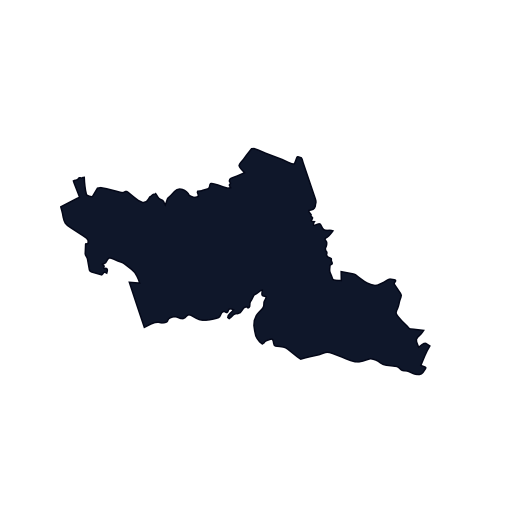 the border of Nuevo León, rotated 292°
{"feature_id": "MEX-2714", "entity_name": "Nuevo León", "entity_type": "State", "adm_level": 1, "iso_a3": "MEX", "parent_name": "Mexico", "parent_adm1": "", "projection": "orthographic", "projection_center": [-99.943, 25.492], "detail": "fine", "context": "isolated", "style": "filled", "palette": "ink", "viewbox_px": 512, "rotation_deg": 292, "n_neighbors": 0, "source": "natural_earth", "source_scale": "10m", "svg_char_len": 6119}
<svg xmlns="http://www.w3.org/2000/svg" viewBox="0 0 512 512"><g transform="rotate(292 256 256)"><path d="M257.2,58.6L258.1,59.4L258.8,60.6L259.7,61.6L260.4,62.1L261.8,62.5L262.3,62.8L262.7,63.6L262.8,64.6L263.1,65.5L263.7,65.8L264.6,67.3L260.5,69.2L256.7,71.2L252.9,73.4L249.4,75.8L249.0,77.0L249.0,79.1L249.3,81.1L249.8,82.1L259.5,83.6L261.2,86.4L262.4,92.2L263.8,102.5L264.2,106.1L264.6,108.1L265.2,109.3L266.9,110.8L267.4,112.0L267.1,113.6L265.0,120.3L263.4,126.0L263.1,131.2L265.6,134.3L266.4,134.3L267.0,134.5L268.0,134.9L271.0,135.4L271.9,136.2L273.6,137.0L274.5,137.6L275.0,138.2L275.2,138.8L275.5,139.3L276.2,139.6L275.2,141.1L274.0,142.7L273.0,144.4L272.7,146.2L272.6,148.5L271.9,149.9L270.7,151.1L269.3,152.7L272.4,152.7L275.6,152.5L276.6,152.6L277.8,153.2L280.0,154.3L285.3,156.3L287.8,157.8L289.5,160.1L290.1,162.6L290.1,165.1L289.5,167.5L288.5,169.7L287.4,171.0L287.2,171.7L287.0,172.9L287.0,174.6L287.0,176.0L287.4,177.3L288.3,178.7L289.6,180.2L291.4,179.3L293.1,177.8L294.2,177.7L295.4,179.9L296.0,181.0L296.9,181.9L300.3,186.3L301.4,186.9L302.5,187.0L305.0,186.6L306.1,186.8L306.6,187.6L307.1,190.2L307.6,194.2L307.8,199.6L308.3,204.5L309.8,206.9L310.3,206.4L311.2,205.3L311.7,204.8L312.3,204.7L313.4,205.1L314.0,205.1L314.4,204.7L315.1,203.6L315.6,203.2L317.3,203.0L318.6,203.7L319.8,204.9L322.9,208.3L324.9,210.3L328.9,214.2L330.9,210.0L332.2,207.8L333.4,206.5L335.0,206.4L337.1,206.9L341.0,208.2L345.9,209.4L353.8,211.7L354.9,213.9L355.1,218.4L354.9,226.4L355.3,244.2L354.9,250.8L354.9,254.5L355.4,256.7L356.6,257.1L358.5,257.1L361.8,257.0L363.0,257.0L363.6,257.4L363.8,258.1L364.0,261.2L363.0,262.5L360.4,264.5L331.1,289.7L329.6,290.8L328.1,291.5L326.2,291.8L324.3,292.3L322.3,292.2L320.6,291.4L319.3,289.8L318.1,288.0L317.1,288.2L316.1,289.7L315.0,291.6L313.7,291.9L313.1,293.1L312.5,294.2L310.9,294.2L309.4,293.9L309.0,294.6L309.2,295.9L309.7,297.3L308.5,297.1L307.1,297.3L306.1,297.9L306.3,298.8L308.3,300.9L309.3,302.2L309.7,303.1L309.3,304.1L308.4,305.2L306.7,307.2L305.8,309.0L305.9,311.0L306.6,312.9L307.5,314.8L307.9,316.3L308.1,317.9L306.2,317.4L304.0,316.7L301.9,315.9L300.2,315.0L298.7,313.9L297.8,313.5L297.1,313.9L296.0,315.4L295.4,316.2L294.6,316.7L293.7,317.0L292.8,317.3L291.0,317.5L289.6,317.4L288.4,317.7L287.0,318.8L286.7,319.2L286.5,319.7L286.2,320.1L285.6,320.5L285.0,320.7L283.9,320.8L283.4,321.1L282.4,322.1L282.0,323.1L281.9,325.8L281.7,326.8L281.2,327.1L280.5,327.3L279.7,327.7L278.6,328.8L278.0,329.3L277.3,329.5L276.6,329.2L275.5,328.2L274.8,328.2L271.5,329.2L269.8,329.9L268.5,330.8L267.2,332.1L265.9,333.4L263.1,335.9L263.0,337.6L263.6,340.0L265.2,344.3L273.4,340.8L275.7,352.3L275.9,353.8L275.9,355.3L274.7,359.3L273.0,366.1L272.6,369.1L272.6,373.3L273.2,377.3L274.5,379.6L278.3,383.2L279.6,384.4L282.5,386.5L283.8,387.6L284.8,388.9L285.7,392.7L285.9,393.8L285.7,394.5L284.9,394.8L282.6,394.3L281.7,394.7L275.4,404.0L274.0,405.4L271.9,405.8L269.4,405.9L267.3,406.1L265.1,406.5L262.8,406.8L260.5,406.9L258.3,406.8L257.3,406.9L256.4,407.0L255.7,407.2L255.0,407.7L254.0,408.9L253.0,410.5L250.3,415.8L247.6,422.4L246.6,424.3L246.2,425.2L246.1,426.1L247.1,429.4L248.0,432.7L249.8,439.3L247.6,438.8L245.5,438.2L243.4,437.3L241.5,436.4L238.9,435.9L236.6,437.0L234.5,438.9L232.3,441.0L236.1,443.2L237.9,444.6L238.6,446.1L237.7,450.9L232.5,450.2L227.0,449.9L216.3,449.8L216.4,454.3L216.1,455.2L215.2,455.4L210.5,454.4L208.7,453.5L207.3,451.9L206.4,449.4L206.0,447.5L205.9,445.9L206.1,440.9L206.0,439.4L205.7,438.1L204.9,435.6L204.7,434.2L205.0,432.8L206.1,430.0L206.3,428.5L206.2,427.3L205.8,426.1L205.2,423.7L203.5,417.6L203.1,414.5L203.5,411.4L204.2,408.7L204.4,406.1L204.2,403.5L203.7,400.6L201.2,397.5L198.6,394.4L196.4,391.1L195.0,387.3L194.5,382.8L194.4,378.2L194.5,373.5L194.4,368.9L194.3,363.4L194.1,360.6L193.5,358.2L192.5,356.5L191.1,354.8L188.2,351.6L182.8,343.7L180.0,339.8L177.1,336.1L178.0,332.1L181.6,320.1L182.0,317.8L181.9,315.9L181.5,314.0L180.9,311.6L180.2,309.3L179.8,307.6L180.2,306.3L181.8,305.0L183.4,304.0L184.6,302.9L184.9,301.7L183.8,300.1L181.4,297.4L180.0,296.3L178.6,296.0L176.8,294.8L177.8,291.5L180.0,287.9L181.9,285.7L186.3,282.7L190.8,280.1L195.6,278.6L200.9,278.6L202.9,279.1L204.9,279.8L208.9,281.4L210.8,281.9L212.5,281.9L214.2,281.4L216.2,280.7L217.6,280.7L219.3,280.9L220.9,281.0L222.0,280.5L222.0,279.9L221.7,277.7L221.7,277.0L222.1,276.3L222.8,275.8L223.6,275.5L226.7,274.7L225.8,273.3L221.3,270.6L219.4,269.0L218.6,268.7L214.4,268.4L212.9,268.2L211.5,267.9L210.1,268.0L207.0,269.0L205.7,268.8L204.9,268.1L205.0,267.4L205.3,266.7L205.3,265.9L203.3,264.1L200.4,263.4L197.6,262.6L195.6,260.5L195.0,258.9L193.3,257.2L190.2,255.9L187.9,254.6L188.4,252.9L190.4,252.6L193.0,253.4L195.6,254.6L197.7,255.3L197.7,253.1L197.4,252.1L196.9,251.2L195.9,250.8L193.5,250.7L192.6,250.2L192.5,249.5L192.6,248.5L192.7,247.5L192.3,246.7L191.7,246.1L191.1,245.7L190.4,245.4L189.6,245.3L187.6,245.2L186.0,245.0L184.7,244.2L183.3,242.5L181.3,239.7L179.4,236.7L177.7,233.6L176.4,230.3L175.8,227.3L175.9,224.0L176.3,220.8L176.7,217.7L176.3,215.5L174.5,214.2L172.1,213.2L170.5,211.7L169.8,209.4L169.8,207.0L169.7,204.6L168.8,202.4L167.9,201.1L166.7,199.8L165.4,198.7L164.0,198.3L162.5,198.3L161.6,198.0L160.8,197.3L159.7,195.8L159.0,194.4L158.5,193.1L158.0,190.1L156.3,187.0L153.6,184.1L148.0,179.2L165.2,164.5L184.2,148.4L187.3,158.3L190.1,155.9L192.6,153.3L195.3,149.8L197.0,145.6L199.5,136.7L199.8,135.1L199.8,133.3L199.6,129.8L199.8,125.1L199.7,122.4L199.3,120.7L197.7,119.8L193.5,119.1L192.1,118.1L191.1,116.6L190.6,116.7L190.3,117.7L189.8,118.9L189.3,119.1L188.0,119.2L187.5,119.6L187.5,120.2L187.8,120.7L188.2,121.1L188.4,121.5L188.1,122.9L187.2,123.5L185.9,123.8L184.2,124.0L184.4,121.8L183.4,120.9L182.0,120.6L180.7,120.0L179.6,109.5L179.8,107.9L180.6,106.8L190.2,100.8L191.2,99.9L193.0,97.6L194.1,96.8L203.1,93.6L203.6,93.7L203.8,94.3L204.0,95.0L204.4,95.4L205.0,95.4L207.4,94.7L209.0,92.4L210.0,88.1L210.9,83.4L212.2,76.7L212.9,73.2L213.7,69.7L215.0,66.9L217.1,64.7L219.9,62.6L222.9,60.7L225.4,58.9L228.0,56.9L228.5,56.6L242.4,68.5L243.7,69.8L244.3,70.2L245.0,69.9L255.2,60.3L257.2,58.6Z" fill="#0f172a" stroke="#020617" stroke-width="1.5"/></g></svg>